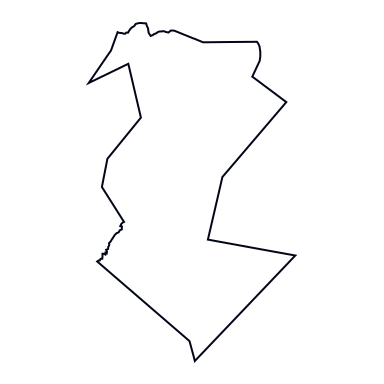 Canavieira, Piauí, Brazil
{"feature_id": "56859067B30232398883720", "entity_name": "Canavieira", "entity_type": "district", "adm_level": 2, "iso_a3": "BRA", "parent_name": "Brazil", "parent_adm1": "Piauí", "projection": "natural_earth1", "projection_center": [-43.636, -7.584], "detail": "fine", "context": "isolated", "style": "outline", "palette": "ink", "viewbox_px": 384, "rotation_deg": 0, "n_neighbors": 0, "source": "geoboundaries", "source_scale": "gbopen_adm2", "svg_char_len": 1257}
<svg xmlns="http://www.w3.org/2000/svg" viewBox="0 0 384 384"><path d="M97.2,261.5L189.5,341.1L192.9,353.6L193.8,356.9L194.8,361.0L295.3,255.5L268.1,250.6L207.9,239.6L219.6,189.2L222.4,177.0L245.3,150.2L286.3,102.1L254.0,77.9L252.3,76.7L259.7,60.8L260.3,56.5L260.3,51.7L259.5,46.4L258.5,44.1L257.0,41.8L231.1,42.0L203.1,42.3L196.0,39.4L194.7,38.8L193.3,38.4L174.6,30.8L173.1,30.5L170.7,30.6L168.5,32.5L165.9,32.0L164.3,31.3L162.7,31.2L161.5,31.5L160.1,31.4L158.1,31.9L156.1,33.4L154.1,34.0L152.8,35.1L150.6,35.9L148.6,32.7L148.0,28.3L146.9,26.0L146.1,23.4L144.2,23.3L142.0,23.1L140.3,23.0L138.6,23.1L135.6,24.0L134.3,26.0L132.2,27.3L131.2,28.1L130.1,29.3L128.9,31.1L128.1,32.6L126.4,32.6L125.0,33.8L123.8,33.7L122.0,33.1L119.1,32.8L117.6,32.2L111.0,50.5L107.3,55.8L88.7,83.0L128.3,63.8L128.9,66.3L140.9,117.6L107.4,158.8L101.9,187.0L124.0,221.9L122.8,222.5L121.3,223.9L120.3,226.1L121.9,226.5L121.8,229.4L119.8,230.3L118.6,232.4L116.7,233.1L114.7,235.0L113.8,236.5L112.9,237.9L111.8,239.5L110.4,241.8L109.0,243.2L109.3,244.7L108.3,246.9L108.1,249.0L106.1,249.8L107.0,251.6L106.7,253.4L105.5,252.7L105.3,254.5L104.0,253.8L102.5,253.7L102.5,256.2L102.3,258.7L100.5,258.9L99.9,260.4L98.6,260.5L97.2,261.5Z" fill="none" stroke="#020617" stroke-width="2"/></svg>